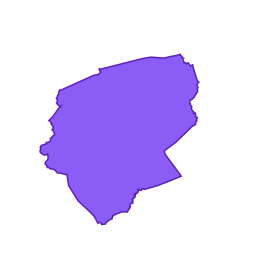 outline of Erongarícuaro, Michoacán, Mexico, rotated 236°
{"feature_id": "50627088B31918104119077", "entity_name": "Erongarícuaro", "entity_type": "district", "adm_level": 2, "iso_a3": "MEX", "parent_name": "Mexico", "parent_adm1": "Michoacán", "projection": "natural_earth1", "projection_center": [-101.71, 19.612], "detail": "fine", "context": "isolated", "style": "filled", "palette": "violet", "viewbox_px": 256, "rotation_deg": 236, "n_neighbors": 0, "source": "geoboundaries", "source_scale": "gbopen_adm2", "svg_char_len": 5362}
<svg xmlns="http://www.w3.org/2000/svg" viewBox="0 0 256 256"><g transform="rotate(236 128 128)"><path d="M193.1,137.5L192.3,136.6L191.8,136.5L190.8,136.6L189.9,136.6L189.7,136.5L189.4,136.3L189.3,136.1L189.2,135.2L189.3,134.9L189.3,134.5L188.9,133.4L189.0,132.8L189.6,131.5L189.9,130.5L190.2,130.1L190.7,129.8L197.1,92.7L197.7,92.6L197.5,92.2L197.2,91.6L196.3,90.8L195.6,90.0L195.0,89.5L194.8,89.3L194.8,89.2L194.8,88.9L194.7,88.5L194.5,88.3L194.5,88.2L194.3,87.7L194.0,87.6L193.9,87.4L193.4,86.8L193.1,86.4L192.8,85.5L192.5,85.1L192.4,85.1L191.9,85.1L191.6,85.4L191.3,85.4L191.2,85.4L190.9,85.3L190.8,85.2L190.7,85.0L190.3,85.0L190.1,84.9L189.8,84.6L189.4,84.0L189.3,83.7L189.2,83.3L189.1,83.0L188.9,82.9L188.2,82.9L187.9,82.7L187.2,82.8L186.1,82.9L184.6,83.4L183.7,84.0L183.6,84.8L183.5,84.6L183.3,84.2L183.2,83.8L183.2,83.5L183.3,82.6L183.3,82.3L183.2,81.9L179.5,72.0L179.3,71.3L179.1,70.4L178.4,66.5L177.5,66.9L176.6,67.1L175.3,67.3L174.9,67.4L174.7,67.4L174.7,67.2L174.3,67.2L174.3,66.6L174.2,66.6L173.7,66.7L172.3,66.6L172.1,66.6L171.7,66.7L171.4,66.8L171.2,66.7L170.2,66.3L169.9,66.2L169.7,65.5L169.6,65.3L169.2,64.8L169.1,64.5L169.0,64.1L168.8,64.2L168.3,64.2L167.6,64.3L167.0,64.3L166.5,64.3L166.3,64.3L165.8,64.3L165.4,64.2L165.2,64.1L165.0,63.9L164.4,63.9L164.1,63.8L163.7,63.5L163.5,63.3L163.4,63.0L163.3,62.6L163.3,62.4L163.5,62.0L163.5,61.5L162.4,57.5L162.1,57.5L161.7,57.3L161.3,57.0L160.8,56.5L160.7,56.2L160.7,55.8L160.6,55.7L160.5,55.2L160.9,54.0L161.2,53.1L161.7,52.0L160.8,51.6L160.8,51.4L160.8,50.6L161.3,48.7L162.0,46.5L162.0,46.3L161.9,46.2L161.7,46.0L161.5,45.9L161.5,45.7L161.6,45.4L161.1,44.4L160.9,44.4L160.5,44.4L160.2,44.4L159.9,44.2L159.7,43.9L157.4,41.7L156.1,41.9L155.4,42.1L154.9,42.3L153.5,42.7L153.1,42.9L152.8,43.2L152.5,43.5L152.2,43.8L151.7,44.7L151.5,45.0L151.6,45.3L151.6,45.7L151.6,45.9L151.6,46.2L151.6,46.6L151.5,46.8L151.2,46.8L151.0,46.6L150.5,46.4L149.5,46.0L149.0,45.6L148.0,45.2L147.6,44.9L147.3,44.6L147.0,43.9L146.6,43.3L146.4,42.8L146.3,42.5L146.2,42.2L146.0,40.9L145.8,40.7L145.6,40.3L145.1,39.7L144.9,39.5L144.5,39.3L144.4,39.2L144.2,39.2L143.5,39.4L142.5,39.8L142.3,39.8L142.2,39.8L141.7,39.6L141.4,39.3L141.4,39.2L141.2,39.2L140.6,39.1L140.2,39.2L140.1,39.3L139.6,40.1L139.4,40.3L139.2,40.4L138.6,40.4L138.2,40.5L137.8,40.7L137.1,41.2L137.0,41.3L136.9,41.5L136.6,41.9L136.4,42.2L135.7,42.6L135.5,42.9L135.0,43.5L134.8,43.6L134.2,43.9L133.2,44.1L132.3,44.1L131.5,44.2L130.7,44.3L130.4,44.4L130.1,44.5L129.3,45.5L128.3,46.8L128.0,47.2L127.6,47.5L127.2,47.8L126.5,48.3L126.3,48.6L126.2,48.7L125.3,49.4L124.7,49.8L124.3,50.3L123.6,50.9L123.5,51.4L113.5,46.6L95.6,45.9L77.8,50.0L76.9,50.0L73.7,50.6L65.7,49.8L65.7,50.3L65.8,51.9L63.3,52.6L63.2,52.6L63.1,52.3L62.7,52.2L62.0,53.9L61.8,54.2L61.7,54.3L61.0,55.6L61.2,55.8L61.5,56.2L61.8,56.6L61.9,58.6L62.3,60.6L62.2,60.7L61.7,64.2L61.9,64.5L62.3,64.5L62.5,64.5L63.0,65.4L63.3,65.8L63.2,66.1L63.7,66.3L63.7,66.6L63.7,66.9L63.5,67.8L63.6,69.5L63.2,69.5L63.3,70.4L61.7,76.5L58.6,80.6L60.4,83.1L60.0,83.6L60.6,84.6L61.5,85.9L62.0,85.4L63.6,87.7L63.5,87.9L63.6,89.2L63.2,89.6L63.0,89.9L64.5,90.6L64.4,91.1L65.5,91.5L65.9,91.4L66.3,91.6L66.5,91.9L66.8,92.4L66.8,92.6L66.7,93.0L66.5,93.3L66.4,93.3L66.9,94.4L67.7,95.0L67.0,95.4L67.2,95.6L67.5,95.6L67.7,95.9L67.8,95.8L68.2,95.4L68.6,95.7L69.9,96.8L69.6,97.5L68.9,97.3L69.3,98.5L68.9,98.6L68.8,99.1L69.6,101.1L69.7,101.3L70.3,101.5L71.4,101.2L71.5,101.8L70.7,102.1L70.4,102.3L70.5,103.1L69.3,103.5L69.1,103.6L69.0,104.4L69.6,105.5L69.4,106.5L68.9,106.8L68.1,106.9L66.8,110.6L63.5,121.1L60.5,134.6L58.3,145.2L85.7,144.1L88.8,145.5L89.5,159.8L93.4,182.1L93.2,186.1L94.0,186.0L94.4,186.8L94.6,187.1L94.8,187.4L94.8,187.7L95.0,188.0L95.2,188.3L95.3,188.6L95.5,189.1L96.2,189.0L96.5,189.1L96.6,189.4L96.8,189.6L97.1,190.2L97.2,190.5L97.5,191.1L97.8,191.3L98.2,191.2L98.7,190.7L98.9,190.5L99.1,190.4L99.8,190.6L100.2,190.8L100.5,190.9L100.6,191.2L101.0,191.4L101.3,191.4L101.4,191.6L101.6,191.7L101.9,191.8L102.3,191.7L102.5,191.8L102.7,192.0L103.0,191.9L103.6,190.4L103.8,190.6L104.0,190.9L104.1,191.3L104.3,191.4L104.5,191.5L105.2,191.3L105.7,191.3L107.0,191.1L107.4,191.1L108.1,191.3L108.7,191.6L109.3,192.1L109.5,192.2L109.6,192.3L109.8,192.6L110.0,192.7L110.2,192.8L110.4,192.8L110.9,192.8L111.9,192.6L112.2,192.7L113.0,193.1L113.4,193.3L114.2,193.3L115.7,194.3L116.2,195.1L116.4,195.6L115.8,196.7L116.2,196.9L116.2,197.1L116.3,199.4L116.4,200.0L116.7,200.3L117.0,200.7L117.2,201.5L117.4,201.8L117.7,202.1L117.8,202.5L118.0,203.3L118.1,203.8L118.4,204.0L118.7,204.1L118.7,204.3L118.7,204.5L118.8,204.8L118.9,205.2L119.0,205.5L119.0,205.8L119.4,206.0L119.6,206.0L120.1,206.1L120.4,206.6L121.4,207.3L122.0,207.9L122.1,208.1L122.6,208.5L122.7,208.8L123.3,209.0L123.7,209.0L124.5,208.8L124.7,209.1L125.1,209.3L125.5,209.7L125.6,209.8L125.9,210.5L126.2,211.0L126.3,211.5L126.3,212.3L129.0,212.0L136.2,214.2L143.1,216.3L143.1,216.5L144.3,216.9L144.4,216.7L144.5,215.3L144.7,214.3L148.3,214.4L148.8,212.4L148.9,212.5L149.5,212.5L150.3,211.0L152.1,211.5L153.0,211.7L155.7,212.2L155.4,212.8L155.6,212.7L156.4,212.7L157.1,212.6L157.6,212.5L158.3,212.4L158.5,212.4L158.9,212.2L159.2,212.3L159.9,212.5L160.2,211.4L160.5,210.4L160.8,209.8L160.8,209.6L160.9,209.2L161.7,207.2L162.2,206.0L163.1,204.2L165.8,197.0L173.9,186.7L177.2,179.4L179.4,173.5L192.1,138.1L193.1,137.5Z" fill="#8b5cf6" stroke="#5b21b6" stroke-width="1.5"/></g></svg>